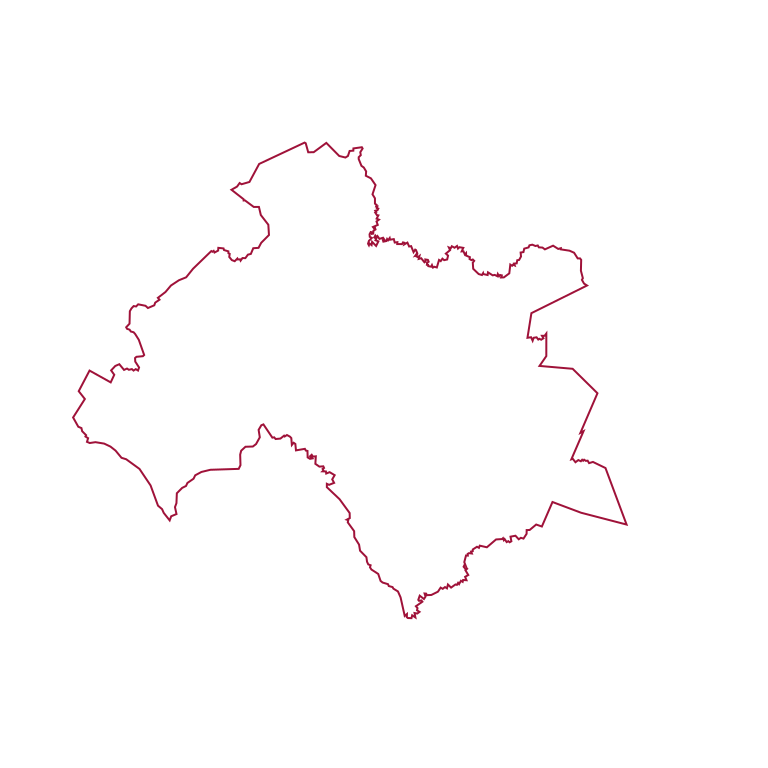 Hastings District, Hawke's Bay, New Zealand (Robinson projection), rotated 113°
{"feature_id": "76426892B40769329119322", "entity_name": "Hastings District", "entity_type": "district", "adm_level": 2, "iso_a3": "NZL", "parent_name": "New Zealand", "parent_adm1": "Hawke's Bay", "projection": "robinson", "projection_center": [176.628, -39.374], "detail": "fine", "context": "isolated", "style": "outline", "palette": "rose", "viewbox_px": 768, "rotation_deg": 113, "n_neighbors": 0, "source": "geoboundaries", "source_scale": "gbopen_adm2", "svg_char_len": 6166}
<svg xmlns="http://www.w3.org/2000/svg" viewBox="0 0 768 768"><g transform="rotate(113 384 384)"><path d="M188.9,260.3L188.8,265.3L191.0,273.9L189.9,274.3L191.6,276.4L190.6,282.4L197.2,288.5L196.5,291.4L197.7,294.9L196.4,296.6L197.8,298.5L197.8,301.9L199.5,304.3L201.8,304.3L204.6,307.8L208.1,307.2L209.6,309.6L213.1,307.7L217.0,308.1L218.0,309.7L221.1,309.0L222.3,311.3L223.8,310.0L223.8,311.9L225.1,312.3L224.7,314.4L233.2,311.9L239.0,315.3L240.2,317.8L238.0,318.0L238.3,319.8L239.9,320.2L238.3,322.2L240.5,321.9L240.3,324.7L241.5,326.4L240.6,331.9L243.2,331.2L244.0,335.5L243.2,336.1L245.4,336.4L245.8,339.8L243.1,346.9L237.6,349.7L235.4,349.1L234.7,350.9L235.8,351.9L235.5,354.1L233.7,354.5L233.7,358.6L231.5,359.6L233.2,360.2L230.8,362.7L231.6,364.3L227.7,364.2L228.6,368.0L230.4,368.8L228.4,370.7L231.0,372.3L230.7,375.4L233.0,375.6L233.0,377.6L235.0,375.5L239.8,378.0L240.8,375.2L244.7,374.5L246.5,377.0L245.8,379.2L248.7,379.8L248.3,381.8L256.1,380.9L256.4,383.4L257.7,384.4L255.8,386.3L257.6,386.4L258.2,389.3L257.1,390.0L257.5,391.1L255.6,391.7L254.0,390.7L252.6,392.1L253.2,394.6L255.1,393.6L256.2,394.3L253.7,398.9L255.3,400.9L252.3,401.4L254.0,402.4L253.9,404.0L252.5,404.1L253.6,405.3L250.5,404.6L248.2,406.9L248.1,407.8L251.1,408.3L246.5,412.9L247.6,414.6L244.7,417.7L247.5,419.8L245.3,420.0L246.4,420.4L246.2,421.8L248.2,422.1L250.0,426.5L248.2,427.1L249.6,429.4L246.8,431.6L248.8,434.8L247.4,435.8L250.1,436.4L249.3,437.8L251.5,437.7L253.2,440.2L251.9,441.3L250.9,440.2L249.7,442.0L252.2,444.9L250.4,447.8L251.7,448.1L250.7,450.0L252.9,450.2L253.3,447.9L255.0,448.0L254.9,444.9L260.0,445.2L257.8,450.5L261.0,449.7L260.3,452.2L262.2,452.1L261.1,453.5L258.1,453.8L254.3,452.3L254.1,454.6L251.8,455.8L249.3,455.6L249.1,454.6L250.5,453.8L249.8,452.7L247.0,453.6L245.1,452.2L243.4,453.6L244.5,454.2L243.8,455.5L240.0,451.9L237.3,454.4L234.7,452.9L234.7,455.4L231.0,455.1L231.3,456.5L229.6,459.1L228.7,458.4L227.9,459.7L226.5,457.9L224.8,457.8L224.9,459.3L223.1,459.5L223.6,460.6L222.1,460.7L221.5,462.8L216.6,464.9L213.9,468.7L204.2,469.5L199.8,476.4L199.4,482.1L195.3,483.5L192.6,487.2L192.0,490.0L186.8,495.2L185.1,495.9L182.4,494.8L179.9,496.4L175.6,495.7L174.7,496.9L179.1,504.2L181.2,503.4L182.9,506.7L188.2,506.3L190.6,508.0L191.6,514.3L184.6,531.3L198.1,539.3L200.3,544.3L193.0,550.1L192.8,551.4L230.2,584.9L250.6,586.8L255.8,593.2L255.4,595.4L259.7,596.4L264.8,600.3L268.8,585.4L269.9,584.9L269.3,583.8L271.9,573.1L269.9,568.3L276.6,563.4L282.6,552.7L291.8,548.1L302.0,552.2L307.7,552.7L310.1,557.4L316.3,557.4L318.1,559.8L322.3,560.8L323.4,563.5L326.5,564.2L325.5,565.2L326.5,567.3L325.8,568.0L329.3,569.4L329.4,572.5L327.5,576.1L324.5,576.9L324.4,578.3L322.7,579.1L323.2,583.6L321.9,584.7L323.4,589.7L326.0,588.8L329.2,591.4L328.0,592.8L329.3,593.6L329.1,594.9L352.5,604.8L363.1,607.8L368.6,613.3L376.6,618.6L384.7,621.1L393.0,625.8L394.1,623.6L398.5,626.4L401.3,626.2L406.3,631.0L405.2,634.1L406.7,641.4L409.5,642.5L410.1,644.9L413.1,646.0L416.3,646.4L427.9,641.8L432.5,643.5L433.6,642.1L433.4,639.4L434.6,637.6L434.2,634.7L435.2,632.6L439.1,627.0L451.0,616.1L452.6,616.8L455.7,622.5L457.4,623.3L460.6,621.7L464.5,615.9L467.7,615.7L467.3,618.3L469.5,619.8L468.8,621.9L470.6,624.4L470.2,626.6L472.6,628.8L469.2,635.4L472.4,638.4L478.1,640.5L480.9,635.9L489.3,636.2L486.7,660.3L509.9,662.2L514.7,653.5L536.3,657.1L542.8,648.7L542.8,645.3L545.4,643.4L547.5,638.2L549.0,638.3L549.5,635.2L553.3,634.8L553.3,631.8L550.3,626.9L548.2,618.3L548.5,611.3L550.2,605.1L554.5,596.8L554.0,591.9L557.7,575.9L568.6,559.2L584.3,544.5L585.9,539.4L588.7,536.4L593.3,528.0L588.9,528.2L584.8,524.2L579.0,528.3L574.8,528.5L565.5,532.0L558.5,529.2L555.2,526.4L551.9,526.3L545.6,522.3L541.8,522.1L536.3,517.7L530.8,510.3L518.9,484.6L514.8,484.4L505.2,488.8L501.2,489.4L495.9,487.0L492.8,480.3L489.3,478.3L481.6,477.5L475.2,481.5L469.9,480.8L468.3,479.2L477.0,465.8L476.0,464.2L477.0,462.3L474.7,458.0L470.6,455.8L471.1,454.9L468.9,453.4L469.2,450.0L470.0,448.2L476.1,445.0L473.4,444.2L473.8,442.2L479.5,439.1L474.6,431.5L475.8,430.0L475.5,428.3L481.4,425.6L481.8,422.9L480.5,420.9L479.4,423.8L477.4,422.9L478.6,421.0L477.2,418.5L484.3,416.0L485.3,411.2L483.5,407.7L484.7,406.4L486.2,407.3L487.3,405.9L488.4,406.4L487.2,403.3L489.0,402.2L486.4,399.6L487.2,393.8L492.0,394.4L494.5,391.3L498.3,395.2L498.2,397.6L501.3,396.3L507.4,379.9L516.2,365.2L520.8,363.1L523.4,365.2L523.3,363.7L525.5,363.3L531.1,354.0L536.5,351.5L541.6,344.2L546.8,340.9L550.3,332.5L554.2,330.2L556.2,328.0L556.1,325.5L558.2,325.3L559.7,323.1L561.1,315.1L566.6,310.2L567.3,307.7L566.7,302.1L568.1,300.7L567.6,296.8L568.7,295.4L569.5,290.1L573.9,285.4L589.4,274.3L586.8,273.0L589.7,271.9L590.1,270.6L588.8,267.2L585.9,267.7L586.6,263.9L582.9,266.4L582.3,263.7L579.9,262.3L579.4,265.2L577.2,265.6L576.1,267.8L569.4,263.6L568.6,265.0L569.9,267.0L569.3,268.1L564.9,268.4L566.3,263.2L563.5,262.7L561.0,264.8L560.5,263.3L561.6,262.0L559.7,258.0L554.1,253.2L549.3,252.3L549.6,249.9L547.1,248.5L547.5,246.2L543.6,246.8L545.2,242.7L540.6,239.9L540.4,238.4L538.1,238.1L538.9,236.7L535.1,236.3L535.4,234.3L533.5,234.6L532.4,231.4L529.8,234.0L526.9,231.8L523.6,236.3L521.6,235.3L521.2,236.3L522.2,237.1L521.1,239.3L519.3,239.2L519.5,237.7L516.6,240.5L509.8,241.5L509.2,239.8L507.7,240.6L506.5,239.7L505.7,236.9L504.2,238.4L503.2,237.0L501.6,237.6L497.5,234.8L497.7,232.6L495.4,232.7L494.1,225.5L483.3,220.1L480.6,214.7L479.4,214.2L480.9,212.7L479.6,212.4L481.6,209.3L480.1,208.2L480.6,206.5L479.0,205.3L475.1,207.9L472.3,203.7L474.3,199.3L472.1,197.9L471.8,195.2L466.2,194.2L462.7,195.6L461.5,192.9L453.9,189.0L453.5,183.0L426.8,182.8L425.5,152.3L418.6,105.8L374.8,147.3L374.1,161.2L376.7,164.3L375.0,166.6L375.9,168.2L375.5,170.2L376.8,170.7L376.3,172.0L378.2,172.6L378.1,175.4L381.2,177.2L379.1,181.0L380.1,182.1L349.5,181.9L352.2,184.1L309.1,183.9L296.3,216.3L306.6,247.9L294.9,245.5L274.1,254.3L276.9,255.0L277.9,257.4L279.6,255.1L281.8,256.6L281.7,258.7L282.8,259.4L281.4,261.8L283.0,264.3L286.1,264.1L283.5,266.9L285.4,270.0L261.2,276.0L214.0,235.6L213.4,239.1L210.8,242.5L208.9,242.3L202.8,247.0L192.7,251.0L191.8,252.6L192.7,254.8L188.9,260.3Z" fill="none" stroke="#9f1239" stroke-width="2"/></g></svg>